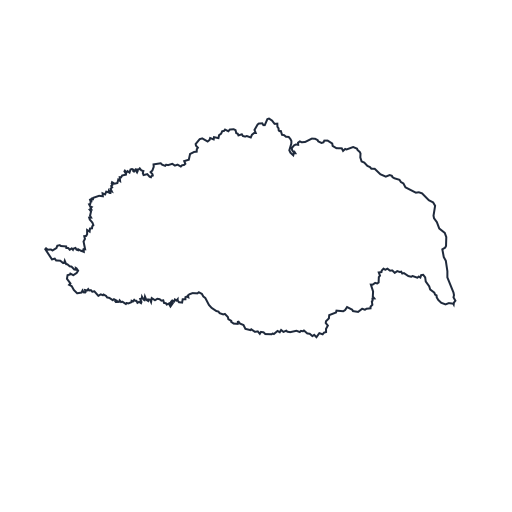 the district of Cajibío, Cauca, Colombia, rotated 151°
{"feature_id": "7082276B54436910707179", "entity_name": "Cajibío", "entity_type": "district", "adm_level": 2, "iso_a3": "COL", "parent_name": "Colombia", "parent_adm1": "Cauca", "projection": "equal_earth", "projection_center": [-76.672, 2.658], "detail": "fine", "context": "isolated", "style": "outline", "palette": "slate", "viewbox_px": 512, "rotation_deg": 151, "n_neighbors": 0, "source": "geoboundaries", "source_scale": "gbopen_adm2", "svg_char_len": 6127}
<svg xmlns="http://www.w3.org/2000/svg" viewBox="0 0 512 512"><g transform="rotate(151 256 256)"><path d="M346.9,387.9L348.7,387.4L348.5,385.8L350.6,385.4L350.8,382.5L351.6,383.6L352.8,381.7L353.4,382.1L353.3,384.1L354.1,383.1L355.8,384.9L358.1,383.0L359.8,385.2L361.0,382.5L364.0,384.7L370.2,385.8L371.0,384.8L371.8,385.7L372.9,384.3L373.3,385.7L373.9,385.7L374.3,383.4L375.9,381.8L376.9,382.1L377.0,379.9L376.0,378.5L377.3,378.2L377.4,376.7L378.0,377.2L378.4,376.0L378.9,376.4L378.7,374.9L381.6,371.7L381.6,369.5L383.3,370.4L383.7,368.4L382.9,364.5L383.3,361.8L384.8,361.4L386.0,359.7L387.9,360.5L389.7,358.0L391.1,360.6L393.1,357.0L394.7,355.9L396.6,356.6L397.3,353.9L399.8,352.3L402.2,344.7L403.4,345.5L404.6,343.1L405.4,344.1L405.2,344.9L406.3,345.0L408.2,348.0L408.8,347.3L409.9,348.5L410.0,350.6L412.2,350.9L413.1,350.2L413.5,352.0L415.9,351.8L416.3,353.9L418.0,355.0L417.4,356.4L421.8,359.3L422.4,360.6L424.8,361.3L426.7,359.7L431.3,359.5L432.2,361.1L435.1,362.5L435.9,364.5L437.0,364.1L436.1,351.9L433.3,351.3L433.0,349.0L429.5,346.8L428.1,343.3L427.1,342.9L425.6,344.5L426.0,340.9L425.0,340.2L423.9,337.2L422.5,336.2L421.5,332.3L420.2,331.3L419.4,332.9L419.0,332.2L418.7,329.4L421.1,328.1L425.1,327.8L426.9,330.6L427.7,330.0L430.1,330.6L432.4,327.7L431.6,322.0L433.4,321.4L431.8,319.0L431.8,314.6L430.5,310.1L426.3,308.6L424.4,310.0L424.3,307.7L423.1,306.9L422.4,307.2L422.0,309.1L420.4,307.7L418.8,308.4L418.6,306.7L417.0,306.2L416.5,304.1L414.5,303.5L413.2,297.6L410.4,297.7L408.9,295.9L408.0,296.2L406.5,293.8L406.3,291.9L404.6,290.5L402.7,286.8L401.2,287.1L399.7,284.8L401.0,284.6L400.9,283.7L398.1,282.3L396.8,283.3L396.4,281.1L395.0,280.8L393.1,277.1L392.0,277.6L390.6,276.4L387.3,276.0L386.5,277.1L385.6,275.9L383.8,276.7L383.4,275.4L382.3,274.8L382.4,272.5L380.5,272.6L379.4,270.5L378.5,271.3L378.1,274.6L376.4,274.2L375.5,275.5L375.5,272.3L375.0,271.5L372.8,274.3L373.2,270.8L372.2,269.1L371.4,270.3L369.9,269.2L370.1,266.6L367.6,269.7L365.8,266.3L363.0,266.4L361.2,264.9L360.4,262.8L358.6,262.2L359.2,259.5L357.7,258.4L357.6,256.8L353.5,256.6L354.1,255.0L355.3,255.0L355.3,253.3L351.6,255.1L352.1,257.3L350.8,257.7L349.6,255.9L348.0,257.3L347.2,255.6L345.5,256.2L346.1,255.1L345.8,252.9L343.2,251.1L341.1,253.7L338.7,252.4L337.7,254.2L336.3,254.1L335.2,252.7L334.6,254.5L332.8,254.8L329.5,254.3L325.3,251.7L323.6,252.0L321.7,249.1L321.7,246.1L320.7,243.9L320.9,236.0L320.0,232.2L317.4,227.1L315.8,225.6L315.5,223.6L313.0,220.8L311.3,220.4L310.2,216.3L310.8,214.1L309.1,211.3L309.6,210.4L308.3,207.7L304.9,205.5L303.8,207.2L303.1,207.0L302.8,204.7L300.4,201.7L300.6,197.4L296.7,193.8L295.7,194.2L293.7,190.2L291.0,189.2L290.4,186.1L288.5,187.2L286.4,185.6L285.7,183.2L280.3,180.0L279.0,180.1L278.2,179.1L273.5,180.0L272.2,177.8L269.9,179.1L268.8,176.3L265.7,176.0L265.3,174.6L263.0,172.8L256.9,171.0L254.6,168.3L253.0,168.7L251.4,167.4L250.2,167.6L248.7,163.4L246.7,161.9L245.5,158.6L243.3,158.8L242.5,155.7L238.0,157.8L235.7,155.2L233.6,156.0L231.6,155.5L230.1,158.3L226.9,160.3L227.5,163.6L226.4,165.0L222.5,166.1L220.6,168.8L213.4,167.8L212.1,169.2L206.5,165.4L204.3,165.5L201.1,167.2L197.9,162.4L197.9,160.8L193.8,157.6L188.7,158.4L186.8,156.2L184.9,156.3L181.2,154.7L180.3,156.2L177.9,156.9L176.7,160.1L175.7,160.4L174.8,162.3L173.1,161.5L173.5,163.9L170.8,168.2L169.4,175.3L167.9,174.4L164.8,174.7L163.3,173.2L161.6,173.4L158.8,178.0L157.1,178.7L156.6,182.1L154.1,181.1L153.1,182.3L150.6,183.1L149.6,181.3L147.2,181.2L145.9,178.2L143.8,177.3L142.8,174.0L139.8,174.3L137.9,172.2L136.6,171.9L136.6,169.8L134.9,169.3L132.5,164.6L130.3,162.6L128.8,162.6L125.4,158.8L123.6,159.1L122.7,157.5L120.8,159.2L118.9,158.5L118.4,155.3L119.9,151.4L119.2,145.5L119.9,142.3L117.8,137.5L118.1,135.4L117.2,134.0L118.0,132.2L117.9,129.2L116.7,125.3L113.7,121.8L110.2,121.3L106.6,118.7L106.6,117.8L105.5,119.3L103.3,120.2L103.3,124.1L101.8,125.8L101.0,128.3L99.0,144.5L96.0,149.9L92.3,159.8L92.3,164.0L89.8,171.5L86.5,171.6L84.9,172.7L80.4,180.3L79.7,184.7L82.4,191.2L81.4,197.9L82.0,202.7L81.2,205.2L75.0,213.1L75.1,217.0L77.8,221.0L80.4,230.3L82.7,232.8L85.5,233.9L92.0,243.6L91.9,248.0L93.4,250.4L93.6,253.1L97.3,256.9L98.4,258.8L98.3,260.3L99.9,262.0L104.0,262.5L107.6,267.2L109.9,274.7L112.8,276.4L113.2,278.5L114.9,280.8L116.0,285.2L117.8,287.5L117.0,291.6L114.9,295.0L114.8,296.6L115.8,299.5L115.6,300.9L118.2,304.2L125.2,305.3L126.1,306.4L128.9,305.7L128.8,308.6L133.4,311.3L135.6,315.1L134.8,317.4L137.4,322.2L140.3,323.8L141.9,322.7L143.9,323.1L146.0,326.1L145.9,327.4L147.4,329.8L150.2,331.6L157.7,331.9L160.9,333.3L162.1,335.0L164.3,334.7L165.2,332.8L167.0,334.2L169.1,334.3L172.5,333.0L173.1,330.9L172.9,329.3L171.9,328.8L171.8,326.8L173.2,327.5L174.6,326.0L175.8,329.7L175.6,332.3L170.6,337.2L169.3,339.4L169.2,341.6L169.7,344.3L172.0,345.8L172.8,348.0L174.5,349.4L173.7,353.2L175.0,353.9L175.2,355.0L174.4,356.7L174.6,358.7L173.2,361.4L175.7,362.6L176.3,366.6L178.0,369.9L179.7,370.2L184.9,366.2L186.1,366.9L186.2,369.0L189.4,370.5L190.9,370.2L196.2,367.0L196.6,363.7L198.1,364.5L200.8,364.0L203.1,362.2L205.9,365.4L207.6,365.7L209.3,367.3L209.4,369.3L212.9,370.0L212.7,371.8L213.7,373.0L212.9,376.0L214.1,377.7L217.6,379.3L219.7,378.5L221.8,381.6L223.3,380.9L225.1,381.5L227.2,379.9L229.7,379.6L231.7,377.3L235.1,380.3L236.5,378.5L238.9,381.4L240.4,380.0L242.8,379.6L246.0,384.9L248.6,385.5L254.5,383.2L255.0,381.6L254.3,378.9L256.0,378.1L257.3,376.0L259.6,377.0L264.2,377.2L268.1,372.8L272.8,373.8L273.1,370.9L274.7,370.5L276.7,371.2L278.4,370.7L280.3,373.9L283.1,374.4L284.5,377.2L288.8,378.1L290.4,379.4L291.7,378.9L293.8,381.3L294.4,383.3L301.2,385.8L302.2,383.6L305.2,381.0L307.5,380.5L306.9,377.7L307.3,376.4L308.7,376.6L309.7,375.8L310.6,376.8L311.4,380.3L315.1,381.3L314.8,383.4L313.3,384.9L314.8,386.5L315.2,389.0L316.7,388.5L318.0,389.3L318.4,387.6L319.5,386.8L319.7,390.0L321.8,389.0L322.2,389.8L321.6,391.2L322.3,392.2L323.8,392.5L326.2,390.3L327.2,392.5L328.7,391.8L329.3,394.2L330.0,393.8L329.8,391.0L330.3,390.2L334.0,391.3L335.9,390.2L337.0,391.0L338.5,387.5L339.4,389.6L341.9,387.0L344.6,387.8L346.1,390.3L347.1,389.3L346.9,387.9Z" fill="none" stroke="#1e293b" stroke-width="2"/></g></svg>